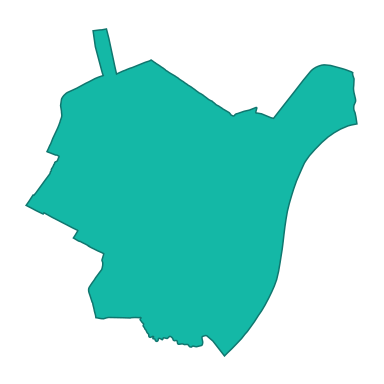 Rat Burana, Bangkok Metropolis, Thailand (Robinson projection), rotated 89°
{"feature_id": "78962969B18943250736788", "entity_name": "Rat Burana", "entity_type": "district", "adm_level": 2, "iso_a3": "THA", "parent_name": "Thailand", "parent_adm1": "Bangkok Metropolis", "projection": "robinson", "projection_center": [100.505, 13.674], "detail": "fine", "context": "isolated", "style": "filled", "palette": "teal", "viewbox_px": 384, "rotation_deg": 89, "n_neighbors": 0, "source": "geoboundaries", "source_scale": "gbopen_adm2", "svg_char_len": 5882}
<svg xmlns="http://www.w3.org/2000/svg" viewBox="0 0 384 384"><g transform="rotate(89 192 192)"><path d="M126.8,25.9L119.8,26.8L115.6,27.6L113.1,28.6L111.7,28.8L111.3,28.8L110.2,28.8L109.0,28.7L108.0,28.5L104.9,27.1L103.9,26.8L103.5,26.8L102.0,26.9L95.0,28.4L93.3,28.6L91.9,28.7L90.7,28.7L88.1,28.4L81.7,28.0L80.9,28.3L79.8,28.6L79.4,28.8L77.5,29.3L76.7,29.3L76.0,29.4L75.5,29.2L74.7,30.4L72.4,36.2L71.3,39.5L67.9,51.2L67.3,56.3L67.2,57.8L67.4,59.9L67.9,61.8L68.4,63.4L69.5,66.0L70.8,68.2L71.9,69.7L73.3,71.2L82.2,78.8L93.2,87.6L106.2,98.2L112.1,103.0L119.8,109.2L119.1,111.8L115.0,121.2L114.2,125.5L114.2,126.3L114.0,126.6L113.7,126.8L112.7,126.7L109.2,125.7L108.7,125.9L108.6,126.2L108.6,126.5L111.1,133.2L112.2,138.5L114.4,145.2L114.6,146.3L115.0,147.1L115.5,147.7L116.2,148.2L116.7,148.9L116.7,149.4L116.6,149.9L115.6,151.7L114.9,152.1L113.3,153.4L109.4,159.8L108.4,161.0L108.2,161.4L107.7,162.1L107.4,162.6L107.0,163.1L106.5,163.9L105.4,166.0L105.2,166.3L104.6,167.0L104.3,167.2L104.1,167.5L103.5,168.1L102.3,169.6L101.6,170.2L100.9,171.8L99.9,173.6L97.8,176.2L96.2,178.3L95.6,178.9L93.6,181.9L93.5,182.5L91.1,185.7L89.5,187.6L88.6,188.9L86.9,191.1L84.8,194.5L84.5,194.7L82.6,197.5L82.4,197.6L82.2,198.0L81.5,198.8L80.9,199.7L80.5,200.5L79.9,201.2L79.9,201.3L79.0,202.6L78.1,203.6L77.9,203.8L77.4,204.5L77.2,204.8L76.9,205.4L75.7,207.0L72.8,211.8L72.7,211.9L72.2,212.7L71.8,213.3L70.8,214.6L70.1,215.9L69.2,216.7L67.4,219.0L66.6,220.3L65.3,222.0L63.7,224.4L62.8,225.8L62.1,226.6L61.7,227.4L61.2,227.9L59.3,230.6L60.2,232.1L61.5,236.5L66.4,249.2L66.9,250.7L67.0,251.3L68.6,255.6L68.8,256.0L69.0,256.1L69.0,256.4L69.9,259.0L72.7,265.4L64.0,267.2L59.3,268.1L36.8,272.5L27.5,274.7L28.3,279.4L28.4,281.9L29.1,288.1L45.1,286.1L69.4,280.1L72.0,279.4L74.0,278.7L75.5,283.4L76.9,287.0L79.9,292.9L81.4,296.2L86.2,305.4L88.0,309.5L90.4,315.0L91.2,316.2L93.3,318.5L94.3,319.3L95.1,319.9L96.5,320.7L97.1,320.9L103.3,321.9L108.9,321.1L110.0,321.1L113.0,320.8L113.7,320.9L114.4,321.0L115.2,321.2L116.8,321.8L118.1,322.3L119.6,322.7L121.1,323.3L122.2,323.7L125.3,325.0L127.8,326.2L136.1,330.3L137.6,330.9L139.3,331.6L141.5,332.5L142.8,333.3L146.5,335.0L149.1,336.3L149.8,334.9L149.9,334.4L152.6,327.9L152.7,327.7L152.7,327.0L152.7,326.5L153.9,324.4L154.1,324.3L154.6,324.4L155.3,324.8L156.2,325.2L157.2,325.5L157.9,325.9L158.3,326.1L158.7,326.4L159.1,326.9L159.4,327.9L159.6,328.2L160.0,328.6L160.4,328.8L161.0,328.9L161.6,329.1L161.9,329.5L162.3,329.7L164.1,330.5L166.6,332.1L167.0,332.3L168.1,332.3L168.4,332.4L169.6,333.3L170.0,333.4L170.6,333.4L171.1,333.7L171.6,334.0L177.3,338.4L190.4,348.3L191.5,349.3L192.4,350.0L192.5,350.3L192.2,350.9L192.4,351.1L198.5,355.2L202.5,358.1L205.6,352.3L207.8,348.4L210.9,342.3L211.4,341.2L210.2,340.3L214.7,332.6L220.5,321.8L225.9,311.8L228.2,307.3L228.4,307.0L228.7,306.8L233.4,309.7L235.9,311.4L237.8,308.3L238.4,307.4L239.0,306.3L239.4,305.4L239.4,304.8L239.5,304.6L240.8,302.3L242.2,299.5L243.7,296.9L244.2,296.1L244.4,296.3L245.0,295.3L246.1,293.3L247.2,291.1L249.2,287.3L250.7,284.0L251.5,282.4L252.2,281.3L254.0,281.8L257.7,283.0L258.4,283.2L259.0,283.2L260.6,282.6L261.2,282.5L262.6,282.5L263.9,282.6L266.2,283.1L267.9,283.6L276.1,289.9L278.3,291.3L280.9,293.3L283.2,294.9L285.3,296.3L286.1,296.7L286.9,297.0L287.9,297.1L288.5,297.1L289.8,297.0L291.9,296.4L293.7,295.8L300.3,293.8L301.4,293.2L303.0,293.0L306.9,292.1L309.7,291.6L313.6,290.6L316.0,290.3L316.2,289.0L316.9,285.8L317.1,284.4L317.2,282.6L316.4,279.9L316.1,278.4L316.0,277.8L316.0,277.1L316.3,268.8L316.4,266.4L316.5,263.5L316.7,259.7L316.8,257.1L316.9,256.1L316.6,254.9L316.5,252.2L316.5,250.3L316.7,247.5L316.6,246.1L316.5,245.8L316.6,245.6L316.9,245.2L317.1,245.2L317.2,245.3L317.6,245.6L318.0,245.9L318.6,246.1L319.0,246.0L319.9,245.3L321.5,244.2L322.9,242.8L323.0,242.7L323.4,242.7L324.8,243.2L325.1,243.2L327.0,241.9L328.3,241.4L329.0,240.7L329.3,240.5L331.5,239.5L331.9,239.3L333.2,238.1L333.3,238.0L333.8,237.8L335.4,237.7L335.8,237.5L336.3,237.2L336.5,236.7L336.6,236.2L336.4,235.5L335.7,233.8L335.7,233.5L335.8,233.2L336.1,232.9L336.3,232.9L337.1,233.6L337.5,233.7L337.8,233.6L338.0,233.5L338.1,233.2L338.2,232.2L338.4,231.7L338.8,231.5L339.7,231.3L339.9,231.2L340.2,231.0L340.5,230.6L340.7,230.0L340.8,229.7L340.7,229.5L340.2,228.8L340.0,228.6L339.7,228.5L338.1,228.1L337.9,228.0L337.8,227.7L337.7,227.4L337.8,227.1L338.0,226.4L338.6,225.3L339.1,224.6L339.2,224.4L338.9,224.0L338.7,223.8L337.4,223.2L337.3,222.8L337.3,222.6L338.0,219.7L338.0,219.3L337.9,219.1L337.4,218.5L336.2,217.2L336.0,216.9L336.0,216.5L336.1,216.0L336.5,215.4L336.7,215.1L337.4,214.4L338.0,213.9L338.3,213.8L338.8,213.6L339.4,213.5L339.7,213.3L340.0,213.0L340.3,212.4L340.4,212.2L340.2,210.7L340.3,210.1L340.5,209.8L340.8,209.5L341.0,209.4L342.9,209.1L343.3,209.0L343.6,208.8L343.9,208.3L344.0,208.1L344.0,207.6L343.7,204.8L343.7,204.3L343.7,204.1L344.2,202.8L344.4,202.3L344.4,201.5L344.3,200.1L344.4,199.1L344.5,198.8L344.8,198.5L345.9,197.7L346.6,197.0L346.8,196.8L346.9,196.3L347.0,195.2L346.9,195.0L346.5,194.7L346.3,194.5L346.2,194.1L346.1,193.8L346.1,193.6L346.3,192.6L346.7,191.1L346.7,190.6L346.8,190.2L346.7,189.7L345.7,185.4L345.5,184.9L345.3,184.7L344.6,184.3L343.9,184.1L342.9,183.9L342.0,183.9L338.2,184.6L337.4,184.5L337.1,184.4L336.8,184.2L336.6,183.9L336.3,183.1L335.8,181.2L335.8,180.8L335.8,180.5L335.9,180.0L336.1,179.6L341.4,173.7L356.5,162.4L353.0,158.8L349.4,154.9L344.4,149.9L339.4,145.0L335.3,141.7L332.6,139.2L327.8,135.6L322.7,131.8L316.5,127.7L312.2,124.6L306.4,121.0L299.3,117.1L293.4,114.1L287.6,111.4L281.1,108.9L272.8,106.8L264.3,105.2L257.4,104.0L250.6,102.8L242.9,101.7L235.3,100.7L228.3,99.7L220.5,98.4L213.1,97.0L204.8,94.8L197.1,92.4L190.5,90.2L182.7,87.3L176.1,84.3L169.8,81.4L165.0,79.1L162.3,77.3L157.7,73.9L151.5,68.2L144.7,61.3L139.3,54.9L135.2,48.8L131.7,42.4L128.6,34.8L127.8,31.5L126.8,25.9Z" fill="#14b8a6" stroke="#0f766e" stroke-width="1.5"/></g></svg>